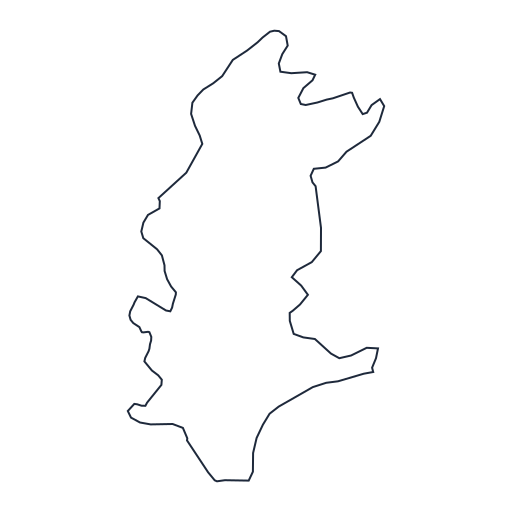 SVG path tracing the border of Sanguié
{"feature_id": "BFA-2819", "entity_name": "Sanguié", "entity_type": "Province", "adm_level": 1, "iso_a3": "BFA", "parent_name": "Burkina Faso", "parent_adm1": "", "projection": "albers", "projection_center": [-2.62, 12.212], "detail": "fine", "context": "isolated", "style": "outline", "palette": "slate", "viewbox_px": 512, "rotation_deg": 0, "n_neighbors": 0, "source": "natural_earth", "source_scale": "10m", "svg_char_len": 1851}
<svg xmlns="http://www.w3.org/2000/svg" viewBox="0 0 512 512"><path d="M143.4,332.4L141.9,332.2L141.2,331.1L139.4,327.1L133.3,323.1L130.6,319.8L129.4,315.5L130.2,311.3L133.7,304.5L134.5,302.4L137.9,296.4L145.7,298.1L166.0,310.5L170.3,311.3L172.1,307.6L172.9,303.7L175.8,294.5L175.9,292.3L171.1,286.5L167.1,279.2L164.6,271.0L164.5,265.3L161.9,255.4L157.1,249.3L143.3,238.2L141.3,231.5L143.4,222.6L148.0,214.9L159.5,208.4L159.8,201.1L158.4,198.1L186.3,172.7L202.3,143.9L199.7,135.5L195.0,125.8L191.1,113.9L192.4,102.7L197.6,95.4L203.3,89.5L213.2,83.3L222.2,76.1L232.8,59.9L247.0,50.6L257.6,42.3L262.6,37.5L270.0,31.7L274.3,30.7L279.0,31.1L286.0,36.2L287.7,45.6L282.3,54.1L278.8,63.5L280.4,71.7L291.3,73.2L307.1,72.2L315.2,74.7L312.5,80.3L303.4,88.1L298.3,97.9L300.8,104.0L305.7,105.0L317.4,102.5L326.7,99.6L332.9,98.3L350.1,92.5L352.1,92.8L353.8,97.6L357.9,106.7L362.7,114.1L367.0,112.7L371.6,105.1L380.0,99.1L384.2,106.1L379.3,121.8L370.7,135.8L346.5,151.7L338.1,161.4L325.6,167.6L313.8,168.8L310.6,175.8L312.5,182.4L315.6,186.2L321.0,227.9L320.9,251.1L311.8,262.1L297.1,270.2L291.8,277.2L301.2,285.6L307.9,294.8L300.0,304.5L292.7,310.8L289.7,312.9L289.8,320.9L293.7,333.9L303.3,337.4L314.9,339.0L331.0,353.6L339.3,358.2L351.1,355.5L366.7,347.8L378.0,348.4L376.0,358.2L372.1,367.7L373.2,372.0L363.8,373.7L338.0,381.3L326.2,382.8L312.8,387.1L278.7,406.6L269.6,413.7L262.9,424.7L256.6,438.0L253.1,453.0L252.9,471.7L248.7,480.6L224.9,480.2L217.0,481.3L214.7,480.3L208.1,472.3L187.0,440.4L187.3,438.3L182.9,427.9L172.6,424.0L150.6,424.4L140.0,422.5L131.0,417.6L127.8,411.0L134.3,403.9L137.2,404.3L141.5,405.7L145.4,405.8L147.1,402.6L161.4,384.9L161.8,379.7L158.2,375.3L151.9,370.5L144.4,361.4L145.2,357.9L148.6,351.2L149.4,348.7L150.0,344.2L151.1,340.6L151.3,336.9L149.4,332.2L148.1,331.8L143.4,332.4Z" fill="none" stroke="#1e293b" stroke-width="2"/></svg>